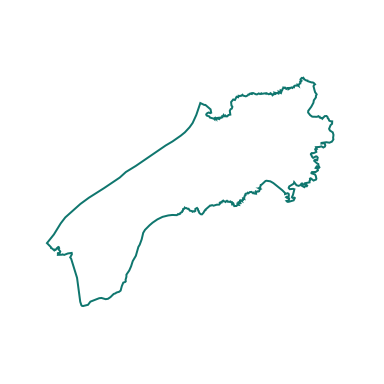 outline of Ban Phaeng, Nakhon Phanom, Thailand, rotated 256°
{"feature_id": "78962969B32872774308874", "entity_name": "Ban Phaeng", "entity_type": "district", "adm_level": 2, "iso_a3": "THA", "parent_name": "Thailand", "parent_adm1": "Nakhon Phanom", "projection": "robinson", "projection_center": [104.227, 17.874], "detail": "fine", "context": "isolated", "style": "outline", "palette": "teal", "viewbox_px": 384, "rotation_deg": 256, "n_neighbors": 0, "source": "geoboundaries", "source_scale": "gbopen_adm2", "svg_char_len": 6094}
<svg xmlns="http://www.w3.org/2000/svg" viewBox="0 0 384 384"><g transform="rotate(256 192 192)"><path d="M276.3,221.6L265.7,214.8L258.8,209.3L255.4,205.3L251.6,199.5L249.4,194.8L245.8,185.4L243.5,177.7L230.9,143.8L227.4,132.7L223.5,125.4L217.0,107.5L211.4,90.6L207.4,80.8L198.0,62.9L193.3,57.0L184.2,47.7L177.5,38.9L172.8,41.7L171.7,41.7L171.1,42.6L168.7,44.2L169.3,44.9L168.8,45.6L170.1,47.2L171.0,49.0L170.7,49.4L169.7,49.5L169.2,48.4L166.2,49.8L165.0,49.0L165.1,47.1L164.5,46.9L164.1,47.6L163.4,47.0L162.6,50.7L162.8,51.2L161.9,52.8L162.4,56.7L162.0,60.5L160.7,60.4L158.0,58.0L156.4,58.6L136.5,59.7L112.5,57.0L108.8,57.3L108.1,57.8L107.7,58.7L107.7,63.8L110.2,66.9L111.4,76.2L111.1,78.5L108.9,82.3L108.7,84.6L109.7,87.4L112.0,91.3L112.2,93.3L112.7,94.3L112.8,97.1L113.6,98.9L117.6,101.1L120.7,103.4L120.9,105.5L121.3,106.1L122.9,106.3L125.5,107.8L127.7,108.4L131.0,112.1L134.6,114.9L139.3,117.8L143.7,122.1L151.7,126.7L153.5,128.5L158.2,131.7L164.2,134.8L166.7,137.3L170.0,142.8L171.8,146.4L173.8,151.8L175.0,157.4L175.0,163.3L174.5,167.3L173.2,171.7L174.0,173.2L173.5,173.7L173.8,175.3L174.6,175.7L174.9,177.4L176.0,178.1L176.0,178.6L177.6,179.3L177.5,180.1L178.5,181.1L178.0,181.3L177.8,182.6L176.7,183.7L176.6,184.6L174.4,185.4L173.5,187.4L172.7,187.7L172.9,189.1L172.5,189.5L172.8,190.6L174.8,191.2L175.3,193.0L174.1,193.6L172.4,193.5L171.8,194.0L171.0,193.8L169.6,194.2L168.2,195.3L167.9,196.3L169.1,198.1L170.8,199.7L171.1,200.7L171.6,200.7L174.5,206.4L174.2,206.9L174.4,208.3L173.5,209.6L173.7,213.0L173.2,215.3L174.1,216.6L174.7,216.5L174.7,217.6L175.1,217.4L175.3,218.9L175.7,219.1L176.1,220.2L175.1,220.8L174.9,221.7L174.2,222.1L175.0,223.8L173.7,224.6L173.8,225.4L173.0,226.6L173.4,227.1L172.5,227.8L172.4,228.3L170.6,228.0L170.9,229.0L170.2,228.9L170.3,229.4L168.1,229.6L167.7,231.8L168.6,233.1L168.3,233.9L169.3,233.4L169.4,234.7L170.0,234.6L169.6,235.5L170.2,235.6L169.9,236.2L170.5,236.1L170.9,235.2L171.2,236.2L171.8,236.4L171.6,236.7L172.1,237.1L171.3,238.0L171.8,237.9L171.5,238.6L171.8,239.4L172.2,239.3L172.5,240.0L173.1,240.0L172.7,240.8L173.5,240.6L173.4,241.2L175.2,241.9L176.0,243.2L176.9,243.1L177.4,244.0L177.2,245.5L177.7,245.9L177.1,246.5L177.9,248.0L177.7,249.7L176.1,250.9L176.4,251.6L175.9,251.5L175.1,252.9L175.8,253.7L175.5,253.9L176.8,254.2L176.4,254.6L176.8,255.6L176.4,256.1L176.5,257.3L178.1,258.4L178.3,259.1L179.1,258.2L178.9,259.1L179.5,259.2L179.8,258.4L180.3,259.4L182.2,260.4L182.1,260.9L183.0,262.6L184.9,266.0L184.9,267.0L183.4,270.6L181.0,273.1L171.9,280.0L168.6,282.0L167.5,281.8L167.7,284.4L167.0,285.3L165.8,285.3L164.0,284.6L164.5,282.7L164.2,282.1L163.3,282.8L162.7,284.4L162.2,284.7L160.5,283.9L160.4,281.6L159.4,282.2L159.1,283.4L159.3,288.6L161.3,290.3L161.7,290.1L162.0,288.1L162.8,287.7L164.8,289.3L169.9,292.0L170.6,290.8L171.1,287.5L172.6,286.8L173.9,287.7L175.5,292.8L176.8,293.5L173.3,295.0L172.2,296.9L172.4,298.8L173.7,300.3L173.5,301.3L172.5,301.7L171.2,300.4L169.5,302.2L170.4,303.5L169.8,304.7L170.3,305.3L171.6,304.6L172.2,303.2L173.2,303.8L172.9,308.4L174.4,308.8L175.0,309.5L176.3,309.6L176.6,310.1L176.6,310.5L173.7,312.7L174.1,315.4L174.9,315.9L177.7,316.0L179.4,315.5L181.2,312.5L181.5,312.4L182.3,313.2L181.5,316.8L182.5,319.4L184.3,319.5L185.4,317.8L186.7,319.2L186.4,319.7L184.9,320.2L184.7,321.0L185.1,321.6L187.0,321.1L188.6,321.3L189.3,320.4L192.7,318.1L193.2,318.4L193.5,319.5L192.6,321.2L195.0,322.3L196.2,321.7L196.6,321.0L195.8,317.8L197.4,316.9L198.9,316.9L199.5,316.4L200.2,316.6L200.8,317.6L200.3,319.3L200.8,322.3L201.9,322.4L203.4,321.8L204.0,322.2L203.7,323.5L205.5,323.2L204.9,326.6L205.0,328.6L203.4,330.2L203.9,331.9L204.9,332.6L206.8,332.5L207.4,331.8L207.7,329.3L208.3,329.5L207.8,334.4L206.6,337.3L207.0,339.9L208.8,341.9L210.4,342.0L213.2,343.1L215.8,343.0L218.3,340.7L220.1,340.3L223.3,342.6L224.3,344.4L226.6,345.1L227.2,343.4L228.1,342.4L229.9,342.2L230.6,341.6L231.8,341.7L233.2,340.9L233.5,339.1L231.6,336.2L232.5,335.9L232.5,335.1L233.3,334.0L234.1,334.1L234.3,333.4L235.0,333.0L234.7,331.5L236.0,326.9L237.9,325.3L241.0,323.9L242.6,324.4L245.9,328.4L249.2,331.4L251.5,332.4L253.8,335.1L255.3,335.5L256.6,336.6L259.0,335.6L261.2,335.5L265.3,335.5L266.3,336.4L266.7,337.4L268.1,336.7L269.1,335.7L269.3,334.7L271.6,331.0L272.2,331.0L272.7,329.7L274.3,328.1L275.0,328.1L275.3,327.3L275.9,327.4L275.8,326.4L276.1,326.0L275.0,324.5L273.9,324.7L273.2,324.0L273.0,324.6L272.7,324.1L271.2,323.4L271.3,322.8L270.0,321.4L271.0,320.9L269.4,321.0L270.2,320.4L269.7,320.3L270.2,319.7L269.9,319.3L270.3,317.7L269.9,316.6L269.3,316.4L269.6,316.1L268.6,314.6L269.4,313.7L268.7,311.3L269.4,311.7L269.8,309.8L269.0,308.9L269.4,308.4L269.7,308.7L269.8,307.9L270.7,307.7L271.2,306.1L270.6,306.1L270.5,305.2L268.8,304.0L268.6,303.3L269.0,302.8L268.5,302.7L268.1,303.3L267.0,302.6L268.4,302.1L267.1,301.5L268.1,300.5L267.4,300.5L266.8,300.0L267.2,299.8L267.0,299.3L267.5,298.8L267.3,297.3L267.8,297.3L268.4,296.1L267.8,296.2L267.6,295.6L267.0,295.8L267.1,295.1L266.5,293.7L267.3,293.7L267.4,293.0L268.6,292.3L268.3,292.0L268.6,291.7L268.3,291.4L268.3,290.1L269.8,288.2L269.4,287.6L270.0,287.2L270.4,283.1L270.9,283.0L270.6,281.7L271.5,280.6L271.0,278.9L271.2,277.9L273.2,275.3L273.4,274.2L272.6,273.8L273.0,272.8L273.4,273.0L273.4,271.9L272.7,271.1L273.0,270.3L272.2,269.3L271.8,267.4L273.2,264.8L274.1,264.5L273.4,262.8L273.7,262.1L273.5,261.6L274.1,260.4L272.8,259.7L273.6,258.3L270.9,255.9L271.8,254.4L269.8,251.7L266.3,251.2L265.2,251.8L264.7,251.7L263.3,250.8L263.0,249.5L261.6,248.3L257.8,247.9L257.9,246.0L256.9,244.6L256.9,244.1L257.7,243.1L257.3,243.0L257.5,242.3L257.9,242.9L258.3,242.7L257.8,241.4L258.0,241.0L258.8,241.0L258.1,240.2L258.2,239.6L257.1,239.4L257.1,238.7L256.4,239.0L257.3,238.3L257.4,237.1L256.9,237.2L256.2,236.1L256.7,235.7L256.5,235.3L257.2,236.1L257.6,235.8L257.7,234.6L257.0,234.6L257.7,233.3L257.2,233.2L257.9,232.9L257.4,232.5L258.0,231.9L257.0,231.5L257.9,230.9L259.9,227.4L261.1,227.1L262.6,224.8L263.6,224.5L264.4,225.1L264.9,226.2L265.1,227.4L264.1,228.8L264.3,229.8L267.7,230.0L273.2,226.1L273.5,225.0L276.3,221.6Z" fill="none" stroke="#0f766e" stroke-width="2"/></g></svg>